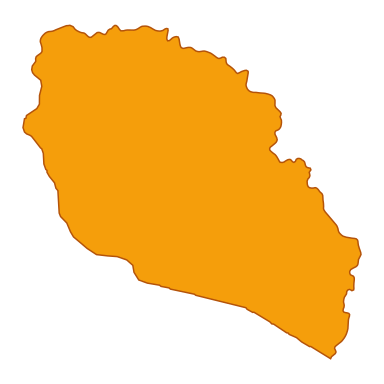 the district of San Antonio La Paz, El Progreso, Guatemala
{"feature_id": "79465075B78137762102304", "entity_name": "San Antonio La Paz", "entity_type": "district", "adm_level": 2, "iso_a3": "GTM", "parent_name": "Guatemala", "parent_adm1": "El Progreso", "projection": "albers", "projection_center": [-90.259, 14.742], "detail": "fine", "context": "isolated", "style": "filled", "palette": "amber", "viewbox_px": 384, "rotation_deg": 0, "n_neighbors": 0, "source": "geoboundaries", "source_scale": "gbopen_adm2", "svg_char_len": 4916}
<svg xmlns="http://www.w3.org/2000/svg" viewBox="0 0 384 384"><path d="M330.6,358.7L331.6,356.6L333.0,355.5L334.3,354.4L335.3,353.6L336.0,352.0L335.5,350.4L334.6,348.6L334.8,347.1L336.1,345.7L337.4,344.7L339.1,343.3L340.7,342.1L341.9,341.0L343.1,339.5L344.2,338.0L345.0,336.7L345.6,335.6L346.4,333.9L346.9,332.4L347.4,330.8L347.9,328.6L348.4,319.9L348.7,318.5L349.0,317.4L349.4,316.3L349.6,314.5L348.8,313.4L347.2,312.9L345.4,312.6L343.8,312.1L343.0,310.8L343.3,308.9L344.0,307.2L344.2,305.2L343.9,303.7L343.5,302.0L343.7,300.0L343.9,298.9L344.4,297.2L345.4,295.7L346.5,293.9L346.8,291.3L348.1,289.8L349.6,289.4L351.0,290.1L351.9,290.7L353.7,289.9L353.9,288.2L353.8,287.0L353.8,285.5L353.9,283.2L354.2,280.4L354.3,279.0L354.1,277.4L353.4,276.2L351.7,275.4L350.4,274.7L349.7,273.1L349.7,271.4L350.8,269.5L352.2,268.7L353.2,268.1L354.4,267.5L356.0,266.7L357.3,265.5L357.8,264.5L358.1,263.0L358.5,259.5L360.3,256.0L361.0,254.5L360.7,252.4L360.1,250.7L359.2,248.1L358.8,246.7L358.4,245.4L358.1,243.5L357.9,241.3L357.5,240.0L356.2,238.8L354.3,238.4L353.0,238.3L351.5,238.1L349.2,237.7L346.2,237.2L344.4,236.6L343.1,236.2L341.5,235.1L339.7,233.3L338.9,232.2L338.3,230.6L337.9,228.5L337.5,227.4L336.8,225.8L336.1,224.8L325.1,211.8L323.8,209.7L323.5,208.5L323.6,206.5L323.5,203.9L323.3,202.1L323.0,200.2L322.9,198.2L322.8,196.5L322.7,195.3L321.9,193.6L320.4,192.3L319.6,191.5L318.5,189.9L317.7,189.0L316.6,188.1L315.5,187.7L314.4,187.8L313.2,188.1L311.5,188.1L309.5,187.7L308.2,186.7L307.5,185.1L307.3,184.0L307.2,182.6L307.1,181.2L307.9,179.0L309.2,177.6L309.9,175.8L309.7,174.2L309.2,172.3L310.9,169.9L310.3,168.2L308.7,167.9L307.3,167.5L306.0,166.6L305.3,164.8L305.0,163.5L304.5,161.9L303.3,160.6L302.1,160.0L300.8,158.9L299.1,158.4L297.7,158.5L296.3,159.3L295.8,160.3L295.4,161.4L293.9,162.4L292.5,161.7L291.8,160.9L290.6,159.6L289.4,159.4L287.9,159.7L286.7,160.3L285.2,161.2L284.1,162.0L282.3,162.5L280.1,162.3L279.1,160.9L278.4,159.5L276.9,156.9L275.9,155.5L275.1,154.6L272.8,152.9L270.9,151.3L269.7,149.9L269.7,148.2L270.4,147.1L272.0,145.9L275.0,143.4L276.1,142.3L276.7,141.3L277.2,139.8L276.7,137.7L275.8,135.9L275.0,134.3L274.9,132.4L275.7,130.9L277.2,130.3L278.3,129.8L279.4,128.9L280.4,127.5L280.9,126.3L281.3,124.4L281.5,122.5L281.4,120.1L280.6,118.4L280.0,116.6L280.8,115.1L281.1,113.3L280.1,111.8L275.8,107.6L274.9,105.4L275.0,103.2L275.0,100.1L274.3,98.5L273.1,96.9L272.3,96.0L270.7,95.0L268.2,94.1L265.4,93.4L263.8,93.2L259.7,92.9L255.9,92.4L253.5,92.4L252.4,92.2L250.6,91.7L249.3,91.0L248.1,89.9L247.2,88.7L246.3,86.5L246.0,85.0L246.2,83.5L246.8,81.2L248.2,72.8L248.1,71.3L246.5,70.3L245.0,70.4L243.4,70.9L241.4,71.6L240.2,72.3L237.7,73.5L236.4,72.8L235.7,71.9L234.4,70.2L233.2,69.0L232.1,68.0L229.8,66.2L228.1,65.1L226.7,63.7L226.1,61.8L226.0,60.4L225.8,58.4L224.3,57.2L222.3,57.2L220.8,58.0L219.0,58.5L217.8,58.2L216.4,57.3L215.0,56.2L213.1,54.8L211.4,53.6L210.3,53.0L206.6,51.6L204.7,51.1L203.0,51.1L201.3,51.4L199.1,51.7L197.6,51.5L195.7,50.9L192.2,48.2L190.8,47.5L189.4,47.4L188.2,47.4L186.2,47.8L184.1,48.3L182.9,48.4L181.1,47.5L180.4,46.0L179.9,44.2L179.1,39.2L178.2,37.0L176.3,36.6L174.4,37.0L173.2,37.5L172.1,38.2L170.9,39.3L169.4,40.6L167.7,40.8L166.9,39.5L166.8,38.3L166.9,36.8L168.1,30.4L167.8,28.7L166.3,28.5L164.8,29.1L163.0,30.4L160.8,31.0L159.4,31.1L157.6,30.9L155.4,30.4L152.7,28.9L150.6,27.6L148.0,26.5L146.6,26.2L145.1,26.1L143.5,26.2L142.1,26.3L141.0,26.8L139.8,27.5L138.9,28.1L137.6,28.9L135.9,29.7L134.0,30.1L127.3,30.0L125.2,30.3L123.9,30.7L122.5,30.8L120.8,30.8L119.4,29.3L118.5,27.9L117.5,26.5L116.1,25.5L114.9,25.4L113.4,26.4L112.3,27.8L111.2,28.8L109.8,29.1L108.2,30.2L106.0,33.9L105.0,34.5L103.4,34.3L101.7,33.5L99.7,32.5L98.3,32.4L97.1,32.6L96.2,33.3L91.2,37.3L89.4,37.3L88.2,36.6L86.7,35.2L85.9,34.4L85.0,33.6L83.9,33.0L81.7,32.7L79.8,32.1L78.6,31.5L76.8,30.6L75.1,29.3L73.1,26.7L71.5,26.0L69.9,25.3L68.1,25.6L66.4,25.7L63.4,26.8L55.6,29.9L54.2,30.6L52.4,31.2L51.0,31.4L49.8,31.5L48.6,31.6L47.1,32.1L45.3,33.1L43.6,34.7L42.5,35.9L41.2,37.8L40.7,38.9L40.4,40.1L40.3,41.8L41.2,44.5L41.6,46.0L42.0,47.7L42.0,50.2L42.0,51.6L40.7,53.3L37.3,55.7L36.2,56.7L35.6,58.7L35.7,60.0L35.7,61.4L32.3,66.0L31.7,69.7L32.6,72.7L34.5,75.1L40.7,80.2L41.8,86.3L39.5,95.4L39.4,104.2L36.8,108.6L26.5,115.5L25.9,118.3L24.5,118.7L23.0,127.6L24.5,132.0L26.6,133.9L29.8,135.2L31.5,136.3L33.8,139.2L40.6,148.0L41.7,148.7L43.3,153.3L43.9,164.0L45.8,169.4L47.0,170.4L47.0,172.3L49.4,176.5L54.5,182.8L55.9,188.2L57.9,190.6L59.2,213.1L60.6,216.6L66.8,223.0L70.5,231.8L73.5,236.9L79.0,241.5L87.2,248.5L96.5,254.6L107.7,255.9L117.2,256.6L126.7,259.9L132.8,265.3L134.0,272.3L138.8,280.0L147.3,283.1L159.6,285.2L161.0,286.4L169.0,287.9L170.4,289.1L194.4,294.2L195.8,295.3L245.9,307.7L247.1,309.3L252.7,312.4L253.9,312.2L269.8,321.8L271.8,323.9L273.6,324.1L286.6,332.8L288.1,333.0L289.2,334.4L296.5,337.6L301.6,341.9L309.6,346.6L310.8,346.5L330.6,358.7Z" fill="#f59e0b" stroke="#b45309" stroke-width="1.5"/></svg>